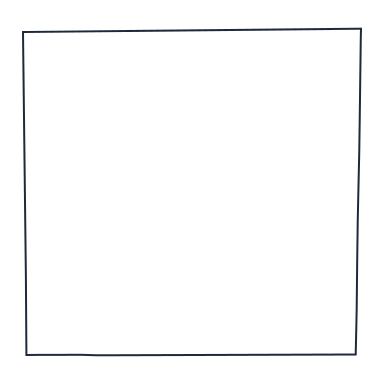 Randolph, Indiana, United States of America
{"feature_id": "52423323B64945825583977", "entity_name": "Randolph", "entity_type": "district", "adm_level": 2, "iso_a3": "USA", "parent_name": "United States of America", "parent_adm1": "Indiana", "projection": "albers", "projection_center": [-84.948, 40.157], "detail": "fine", "context": "isolated", "style": "outline", "palette": "slate", "viewbox_px": 384, "rotation_deg": 0, "n_neighbors": 0, "source": "geoboundaries", "source_scale": "gbopen_adm2", "svg_char_len": 368}
<svg xmlns="http://www.w3.org/2000/svg" viewBox="0 0 384 384"><path d="M25.9,277.5L26.4,355.0L36.2,354.9L81.7,354.8L97.3,355.3L355.7,354.5L356.4,323.4L356.7,307.6L357.2,260.9L357.4,245.4L357.7,224.2L357.7,222.1L358.9,167.5L359.2,154.5L359.3,148.4L359.7,121.0L360.8,36.8L361.0,28.7L23.0,32.0L23.9,108.7L25.9,277.5Z" fill="none" stroke="#1e293b" stroke-width="2"/></svg>